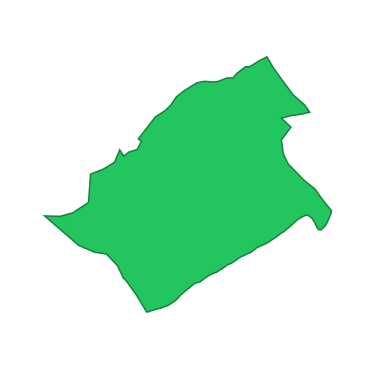 Isuikwuato, Abia, Nigeria, rotated 242°
{"feature_id": "59680162B83041511737206", "entity_name": "Isuikwuato", "entity_type": "district", "adm_level": 2, "iso_a3": "NGA", "parent_name": "Nigeria", "parent_adm1": "Abia", "projection": "orthographic", "projection_center": [7.441, 5.794], "detail": "fine", "context": "isolated", "style": "filled", "palette": "green", "viewbox_px": 384, "rotation_deg": 242, "n_neighbors": 0, "source": "geoboundaries", "source_scale": "gbopen_adm2", "svg_char_len": 1782}
<svg xmlns="http://www.w3.org/2000/svg" viewBox="0 0 384 384"><g transform="rotate(242 192 192)"><path d="M263.2,148.0L254.6,137.5L253.8,124.7L255.4,110.8L231.4,95.8L229.6,76.9L232.4,64.2L240.1,50.6L198.3,66.8L198.1,66.8L184.3,78.0L177.5,87.3L162.1,91.6L149.8,91.1L148.2,91.0L144.2,92.3L126.4,94.6L107.4,95.6L106.6,97.2L106.4,99.8L105.6,103.7L105.2,105.9L105.0,106.7L104.3,109.0L103.9,111.5L103.6,113.7L103.2,117.1L103.2,119.6L103.5,122.4L104.0,126.8L104.5,128.3L105.2,130.5L106.4,133.7L107.0,136.5L108.2,141.8L108.5,144.0L109.0,146.5L109.6,149.0L109.9,152.1L108.9,156.7L109.5,160.5L110.1,164.5L110.3,167.0L110.3,167.7L110.3,172.3L109.6,175.7L109.9,178.2L110.1,182.0L110.7,186.7L111.0,190.1L110.6,193.1L110.9,197.3L111.7,202.9L111.7,206.6L111.4,208.8L111.6,211.6L111.0,215.6L111.8,219.4L112.4,223.8L112.0,228.4L111.7,233.7L111.9,236.8L112.2,239.6L112.5,242.8L112.7,244.6L112.8,245.3L113.0,246.6L113.6,249.9L113.9,254.6L114.8,258.4L115.6,263.0L116.8,267.4L118.0,271.8L118.3,275.2L118.2,280.5L117.5,283.0L114.4,284.8L111.3,285.8L109.1,285.7L106.7,286.0L103.3,285.7L99.5,286.0L98.0,288.2L98.6,290.3L98.8,291.1L99.4,293.5L100.6,295.5L102.5,298.2L104.0,300.0L105.3,301.7L106.8,303.5L108.6,305.4L110.1,306.4L122.7,303.8L136.7,302.0L150.5,296.2L164.4,292.2L171.3,290.1L176.0,290.2L182.8,290.5L196.1,295.4L202.8,309.8L215.2,305.6L212.9,315.7L211.4,319.2L208.7,327.3L207.2,333.4L215.9,332.3L230.7,326.8L250.2,323.9L263.7,322.1L276.2,321.6L276.3,312.1L275.5,302.0L277.5,298.3L275.5,286.5L273.3,281.4L274.5,279.9L276.2,276.5L277.5,266.4L279.2,262.2L283.8,255.2L286.0,248.0L285.7,241.0L284.9,230.9L283.3,222.8L278.1,213.0L278.2,212.5L276.5,206.4L275.4,194.7L264.1,169.5L260.6,171.2L255.3,163.6L256.9,155.1L255.7,148.6L263.2,148.0Z" fill="#22c55e" stroke="#15803d" stroke-width="1.5"/></g></svg>